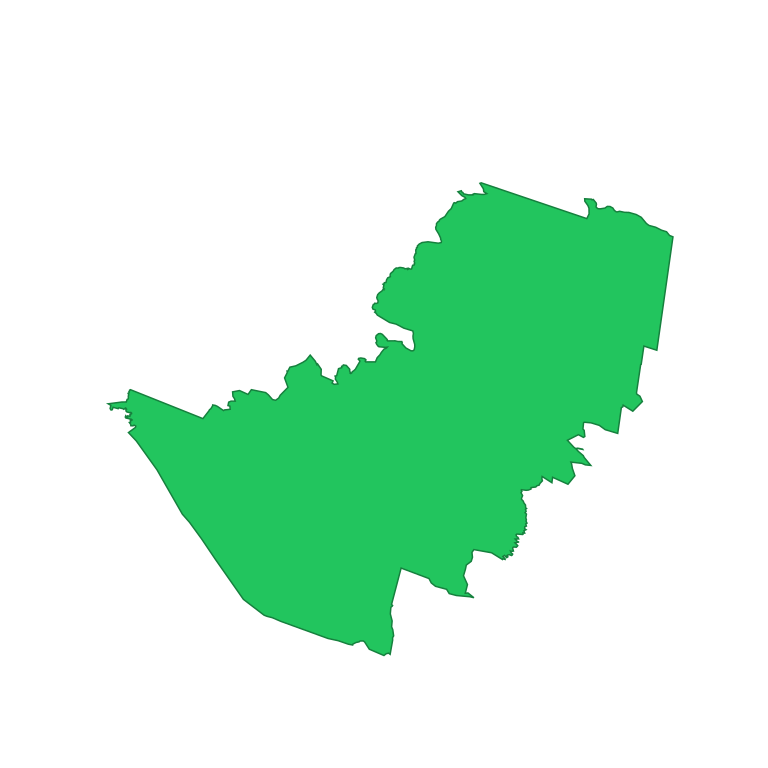 outline of Usmas pag., Ventspils, Latvia, rotated 205°
{"feature_id": "27541924B16194119386281", "entity_name": "Usmas pag.", "entity_type": "district", "adm_level": 2, "iso_a3": "LVA", "parent_name": "Latvia", "parent_adm1": "Ventspils", "projection": "equal_earth", "projection_center": [22.177, 57.218], "detail": "fine", "context": "isolated", "style": "filled", "palette": "green", "viewbox_px": 768, "rotation_deg": 205, "n_neighbors": 0, "source": "geoboundaries", "source_scale": "gbopen_adm2", "svg_char_len": 6171}
<svg xmlns="http://www.w3.org/2000/svg" viewBox="0 0 768 768"><g transform="rotate(205 384 384)"><path d="M426.5,453.3L426.5,452.4L427.3,451.6L427.0,448.5L425.7,447.2L423.1,447.4L422.4,446.2L422.8,445.2L420.9,444.7L419.1,443.6L405.0,442.1L398.3,443.4L389.5,443.0L380.3,444.3L378.7,442.2L378.0,439.7L376.7,437.3L373.0,433.0L371.9,430.9L371.1,427.7L371.8,426.3L373.5,425.5L379.4,425.9L384.7,428.1L385.0,429.2L385.8,430.0L389.4,428.4L392.2,427.8L398.9,424.6L399.6,424.8L399.7,425.5L400.6,426.0L406.5,428.3L408.5,428.3L410.2,427.3L411.5,424.6L411.1,422.3L409.0,420.3L408.4,419.0L408.8,418.2L408.0,417.3L405.7,415.9L404.4,415.6L398.2,417.8L396.6,418.8L397.0,417.5L398.7,415.7L399.8,411.3L400.0,408.9L401.3,405.0L401.1,400.4L409.9,396.3L410.8,396.8L410.5,398.2L412.3,398.8L416.0,397.8L417.8,396.5L417.8,395.6L415.6,394.7L415.4,394.2L416.2,385.3L417.1,383.0L417.9,381.9L418.0,380.1L418.6,379.4L419.3,379.5L419.4,380.2L420.8,381.4L420.9,382.3L421.4,382.9L426.0,384.9L428.9,384.1L428.9,383.2L429.9,382.1L429.2,381.0L431.7,378.7L430.4,371.5L431.7,370.5L430.6,369.4L430.2,367.9L427.2,366.0L425.8,364.6L429.1,362.6L431.4,362.9L431.5,365.3L443.9,365.0L444.9,365.6L447.1,370.8L452.7,374.1L452.9,373.1L455.9,375.6L463.1,379.0L464.7,372.6L466.6,369.5L471.6,363.2L476.4,359.5L476.6,354.8L477.3,354.7L476.5,353.3L476.7,347.5L469.6,340.4L473.3,330.0L473.5,326.7L475.4,323.4L478.5,322.8L484.2,325.3L487.6,326.2L501.8,322.8L502.8,317.1L512.2,317.0L517.9,312.9L515.7,309.0L513.3,307.5L511.6,305.6L515.4,303.8L517.1,301.9L516.3,298.5L514.3,298.8L512.7,296.1L517.6,293.1L518.2,292.1L525.5,293.3L527.9,293.3L530.4,292.6L530.1,291.7L530.5,288.4L531.3,286.9L531.3,285.8L533.5,276.1L611.4,271.7L611.9,271.0L611.6,270.6L612.0,269.5L611.3,268.4L612.0,267.4L610.8,266.3L610.7,265.1L609.6,262.9L609.7,262.1L610.3,261.5L610.0,258.8L614.1,256.8L625.6,249.5L622.5,249.2L621.9,246.1L620.7,245.1L619.7,245.4L619.4,246.0L619.7,248.4L614.5,249.3L614.5,250.1L613.8,250.5L610.1,251.3L609.1,251.1L608.5,252.3L607.9,252.6L608.2,252.9L608.0,253.1L606.7,252.4L607.1,251.7L606.3,250.4L605.2,250.0L602.1,250.6L601.5,251.3L600.6,251.1L600.2,250.4L601.3,249.1L600.7,248.7L601.0,247.8L600.7,247.3L602.9,246.8L603.1,246.4L602.5,245.6L603.2,245.2L604.6,246.0L604.5,244.7L603.6,244.1L597.9,245.3L597.1,245.0L597.3,244.3L598.5,243.8L597.6,242.2L598.5,241.5L596.6,240.4L595.8,239.2L593.8,240.0L593.1,241.1L591.2,241.0L590.9,239.6L595.1,232.0L584.4,227.7L553.5,210.3L511.7,180.8L501.9,176.5L483.8,166.5L462.5,153.7L420.4,129.4L395.0,123.8L391.8,124.0L386.5,125.0L376.9,125.3L327.2,129.7L317.0,132.0L306.4,133.1L302.1,134.2L302.3,135.1L300.1,137.9L297.6,139.8L297.0,141.0L294.1,142.4L292.5,142.0L285.2,137.4L269.3,137.9L268.0,140.5L266.1,142.0L264.2,141.6L267.9,155.5L269.0,157.7L268.8,159.8L272.2,165.0L274.5,167.2L276.5,172.7L281.1,178.3L283.2,184.0L283.4,184.6L282.7,186.0L282.6,186.9L284.0,187.4L290.7,224.4L261.0,226.7L257.1,223.7L251.8,222.4L240.5,224.4L236.3,221.6L229.0,222.9L216.2,227.5L212.2,228.3L219.6,230.1L221.9,228.7L223.6,237.5L230.9,243.8L231.9,250.5L232.9,254.7L230.0,260.2L230.6,264.4L233.1,268.5L232.6,271.9L215.2,276.5L202.5,275.0L202.5,275.7L200.1,276.2L200.5,276.9L203.4,277.9L202.4,279.6L199.4,278.5L198.7,279.7L200.0,280.3L199.8,281.0L198.3,282.3L196.0,282.4L195.6,282.9L195.5,284.2L197.5,284.8L198.8,286.1L197.7,286.2L196.1,287.3L197.9,289.4L198.1,290.4L197.5,291.1L195.1,292.0L194.5,293.6L194.5,294.1L198.2,295.4L194.8,297.9L196.3,297.5L199.6,298.9L196.5,300.5L197.8,301.6L199.4,301.8L200.6,303.2L200.1,304.2L194.7,306.2L194.5,306.7L195.2,307.7L193.5,308.3L195.2,310.2L193.7,312.0L195.4,312.3L196.1,314.2L194.9,315.4L196.4,317.1L195.6,318.3L197.4,319.8L197.6,321.2L198.9,322.6L199.9,326.3L201.8,327.0L201.4,328.7L202.8,330.1L202.2,331.4L203.3,331.6L204.6,334.1L207.0,335.4L208.3,336.7L210.6,337.6L211.1,338.7L211.2,341.4L213.9,343.4L213.6,344.9L214.8,345.9L214.8,346.3L210.3,347.7L208.3,348.9L206.4,350.9L206.9,352.3L202.9,354.8L202.4,356.4L200.6,358.0L200.7,359.6L199.5,363.2L200.9,364.9L201.6,367.0L190.1,365.5L191.8,370.7L174.9,370.9L172.2,381.5L177.5,387.0L180.5,391.3L181.6,392.2L171.2,395.7L167.4,395.8L162.2,397.6L171.5,402.0L173.1,403.3L179.3,405.0L182.6,406.4L181.0,407.5L176.2,408.7L176.5,408.9L181.3,407.7L183.0,406.5L185.2,406.9L194.0,410.5L186.4,420.2L180.7,419.9L179.8,421.3L183.0,426.6L184.7,427.3L186.8,433.4L186.3,434.0L179.9,436.3L171.4,437.5L164.2,436.1L151.3,438.0L158.9,462.9L157.9,464.3L158.3,465.9L147.0,464.5L142.4,477.3L146.9,481.1L150.7,481.7L151.5,482.9L159.6,510.1L159.2,510.5L164.5,528.2L151.0,529.9L184.3,639.5L188.0,639.3L192.3,641.4L197.4,640.7L204.0,640.9L210.9,639.7L214.1,640.4L221.3,643.8L227.0,644.2L234.5,643.0L238.7,641.2L243.5,640.1L245.4,638.5L246.3,638.2L248.6,638.7L251.0,640.2L254.2,640.4L256.7,639.3L258.1,636.8L262.3,634.0L264.3,633.3L266.2,633.8L266.8,634.4L267.4,636.7L268.2,637.7L272.3,639.7L273.3,638.8L274.0,639.2L280.4,636.7L279.2,634.5L274.6,631.9L272.5,629.9L270.0,624.8L270.1,619.6L380.9,607.4L381.9,606.4L376.4,602.9L374.9,600.5L371.3,600.0L373.4,598.1L375.8,597.0L382.6,594.7L383.6,593.5L383.1,593.2L383.3,593.0L387.3,591.1L392.2,590.0L393.5,590.9L394.6,590.9L395.6,591.8L398.2,589.5L393.1,587.6L389.4,587.4L388.3,586.6L389.8,584.9L390.9,582.7L394.5,580.3L395.4,578.2L396.6,578.2L397.3,577.5L397.2,571.4L398.6,567.8L399.6,561.4L402.6,557.2L403.1,555.7L402.9,554.8L403.8,553.5L404.2,551.5L403.4,549.7L403.4,547.9L402.3,546.1L397.8,543.1L394.4,540.2L393.8,539.1L392.3,537.8L391.9,536.4L394.2,534.6L404.2,531.5L409.3,528.3L411.3,525.6L412.1,523.1L411.5,521.9L412.1,521.1L411.6,519.7L411.9,519.0L410.2,515.7L410.7,515.3L410.4,511.6L408.5,509.2L408.6,508.0L407.3,506.6L407.5,506.1L407.0,505.4L407.1,504.4L408.0,504.0L408.2,503.2L407.6,499.9L408.6,499.3L410.9,499.2L410.6,498.1L411.0,497.7L412.0,498.4L413.8,497.2L415.0,497.5L418.3,496.6L419.6,495.9L420.0,495.1L422.0,494.3L423.2,492.0L423.4,489.9L424.8,487.0L424.5,485.3L423.6,484.0L425.5,481.8L425.7,479.5L425.1,476.8L426.5,476.0L426.3,474.9L427.1,474.0L425.9,473.6L425.3,470.8L424.0,470.3L424.5,469.7L424.2,469.4L424.8,469.3L425.2,467.4L426.8,464.6L427.5,462.3L427.1,459.3L426.2,458.2L424.5,457.0L423.9,454.9L424.9,453.8L426.5,453.3Z" fill="#22c55e" stroke="#15803d" stroke-width="1.5"/></g></svg>